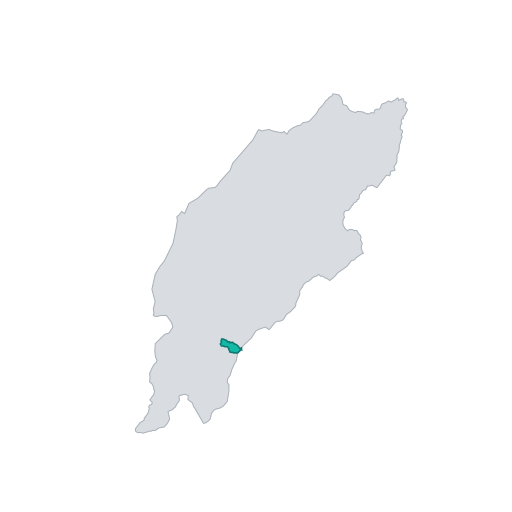 location of Binder, Hentiy, Mongolia, rotated 124°
{"feature_id": "93677404B23670550125649", "entity_name": "Binder", "entity_type": "district", "adm_level": 2, "iso_a3": "MNG", "parent_name": "Mongolia", "parent_adm1": "Hentiy", "projection": "robinson", "projection_center": [110.5, 48.575], "detail": "fine", "context": "in_parent", "style": "filled", "palette": "teal", "viewbox_px": 512, "rotation_deg": 124, "n_neighbors": 0, "source": "geoboundaries", "source_scale": "gbopen_adm2", "svg_char_len": 5296}
<svg xmlns="http://www.w3.org/2000/svg" viewBox="0 0 512 512"><g transform="rotate(124 256 256)"><path d="M44.8,216.9L46.4,216.9L49.0,215.3L49.5,213.2L50.4,212.1L56.2,211.5L58.7,212.1L59.3,210.8L59.8,210.6L61.1,211.7L62.5,211.2L63.5,210.7L64.5,209.2L66.4,209.4L70.0,207.6L70.2,204.6L71.6,203.8L74.7,203.2L75.2,201.8L75.9,201.4L78.2,201.0L82.2,199.5L84.0,199.3L85.6,198.0L89.2,196.2L94.4,195.3L94.9,194.4L99.9,191.6L105.0,191.5L106.6,189.1L107.4,188.8L110.6,191.7L112.1,191.3L112.8,190.2L114.9,190.2L115.5,192.3L116.7,193.1L131.5,193.9L131.9,194.6L132.3,199.3L134.9,201.5L135.4,202.6L139.6,202.2L141.8,204.0L145.4,203.9L147.2,204.4L150.8,202.7L151.6,202.7L152.6,203.6L154.4,203.0L157.5,204.6L160.0,204.3L161.2,205.0L162.7,204.4L166.3,204.9L169.0,207.4L171.0,207.3L173.5,205.6L174.2,204.4L177.7,203.8L179.7,202.7L181.1,201.7L183.3,198.0L184.0,194.2L182.3,193.7L180.9,192.4L180.1,190.4L180.1,189.0L178.6,186.9L178.8,185.8L180.0,183.9L180.6,180.9L181.9,179.3L184.4,178.4L184.7,177.2L186.3,174.9L190.2,173.6L192.4,171.0L193.8,168.4L195.5,169.7L200.2,171.6L204.2,172.4L206.6,174.3L213.7,174.8L225.2,179.2L227.7,179.0L234.6,180.9L235.1,181.5L234.9,184.9L235.4,185.8L235.5,189.4L236.7,191.2L236.2,193.4L236.8,194.1L238.5,194.4L241.2,196.6L247.4,198.2L249.2,199.7L253.4,200.7L255.7,200.1L259.3,200.4L260.6,200.2L262.9,198.5L264.4,198.0L272.7,196.6L274.9,195.4L276.5,195.2L282.8,196.3L287.3,198.0L293.7,197.8L296.7,199.7L297.9,201.5L300.4,203.1L309.3,203.8L309.8,204.2L309.6,208.1L309.9,208.7L315.7,213.0L318.4,214.2L326.6,214.0L339.2,216.8L342.2,215.9L344.9,217.3L345.9,217.2L354.1,213.7L355.4,213.9L363.9,212.5L369.3,210.7L373.4,210.9L376.7,209.3L378.0,206.3L383.4,202.8L392.7,198.5L398.5,199.1L402.0,200.7L405.6,203.8L407.7,204.7L411.4,204.9L416.8,202.8L419.7,203.3L422.3,204.3L424.1,205.9L416.1,222.3L416.0,223.2L413.4,226.6L413.1,232.1L409.7,234.1L410.2,237.2L411.0,238.3L414.8,241.5L416.1,241.0L417.1,239.7L419.1,238.6L422.9,238.9L426.2,238.4L430.3,239.5L434.1,242.0L439.5,236.4L444.4,235.8L449.1,236.5L452.8,240.3L457.1,242.0L458.3,244.1L460.0,245.0L460.5,246.1L465.9,250.4L467.0,253.2L468.6,255.3L468.7,257.3L468.3,258.3L466.2,259.4L458.9,258.9L454.6,256.9L453.0,258.0L447.5,257.6L444.3,258.4L442.2,259.2L441.0,260.6L440.0,260.9L439.1,260.8L437.4,259.7L435.9,259.8L435.5,260.0L434.6,263.5L429.9,263.5L428.3,263.1L424.4,264.7L423.8,266.1L421.7,267.9L419.9,271.4L420.3,272.9L419.7,273.9L416.2,275.8L412.9,278.5L406.0,279.7L402.7,279.9L400.2,279.2L397.8,279.7L396.0,282.8L391.5,286.7L384.9,290.5L373.0,288.1L371.5,287.6L369.0,285.2L362.0,285.1L360.0,286.7L358.3,289.1L355.4,296.8L358.1,301.2L361.3,304.1L362.6,306.2L362.6,307.9L360.4,308.7L357.4,311.5L350.1,314.2L341.8,323.7L327.3,329.4L318.3,329.8L311.2,329.2L292.0,331.9L279.5,336.9L270.2,341.2L268.1,343.3L267.2,343.6L265.5,342.8L260.6,342.5L260.7,338.9L249.8,341.0L241.1,336.7L228.7,334.1L226.2,333.1L222.1,328.3L219.8,327.7L214.3,327.5L199.3,325.4L192.1,327.2L161.4,323.5L150.1,324.6L149.6,324.2L149.1,321.1L144.1,316.4L143.5,315.3L143.4,313.4L139.7,303.8L137.1,302.4L137.7,298.4L133.6,298.7L129.1,297.1L124.6,294.3L122.6,292.2L119.3,291.7L115.5,287.8L113.7,287.1L104.0,285.6L99.0,286.0L93.8,285.0L87.8,284.9L86.0,284.1L84.2,284.2L80.8,282.6L78.5,282.9L76.1,277.4L77.1,274.0L78.5,272.0L81.5,268.9L81.6,267.8L80.7,265.0L82.8,260.1L82.5,257.1L81.3,253.6L79.3,252.8L76.9,248.1L76.3,244.5L75.3,242.0L72.5,240.5L71.7,238.3L70.8,238.1L70.1,238.8L68.3,239.1L66.6,237.8L65.7,236.2L64.7,235.8L62.7,235.8L60.9,236.6L58.9,236.2L57.4,234.8L53.1,232.6L53.1,231.0L52.6,229.8L51.3,229.5L50.0,228.4L45.8,227.0L45.8,226.2L47.2,224.5L44.3,223.1L43.3,221.6L45.3,219.6L44.7,218.3L44.8,216.9Z" fill="#d9dde1" stroke="#a8b0b8" stroke-width="1"/><path d="M349.9,234.4L349.7,233.9L349.0,233.0L348.7,231.3L348.1,230.3L347.4,229.4L347.1,228.8L347.6,227.9L347.8,227.5L347.8,226.8L347.8,226.7L348.6,226.4L349.7,224.4L350.2,224.2L350.1,223.7L349.8,222.6L349.3,222.0L349.1,221.8L349.1,221.3L349.0,220.9L348.9,220.9L348.7,220.8L348.7,220.7L348.6,220.4L348.7,220.2L348.6,219.9L348.5,219.7L348.4,219.6L348.0,219.4L347.9,219.3L347.7,218.4L347.5,218.2L347.4,217.9L347.2,217.8L347.2,217.7L346.9,217.7L346.7,217.6L346.7,217.4L346.5,217.2L346.4,217.2L346.3,216.9L346.2,216.8L345.7,216.8L345.2,216.7L344.7,216.6L344.4,216.5L344.2,216.5L343.6,216.4L343.5,216.5L343.3,216.5L343.3,216.3L343.2,216.3L342.6,216.2L342.3,216.0L342.1,215.9L341.8,215.3L340.9,216.2L340.2,216.7L340.3,216.8L340.5,216.9L340.8,216.9L341.0,217.0L341.3,217.2L341.4,217.3L341.5,217.5L341.5,217.8L341.7,218.0L341.2,219.2L340.5,221.0L340.5,221.6L340.5,222.6L340.5,223.2L340.8,223.9L340.7,224.6L340.8,225.0L341.1,225.3L340.6,226.3L340.7,227.4L341.6,228.0L341.7,228.3L342.0,228.6L341.9,228.6L342.0,228.7L342.0,228.8L341.9,228.9L341.9,229.0L342.0,229.1L342.0,229.3L341.9,229.3L341.9,229.5L342.0,229.8L341.9,229.8L342.0,229.8L342.0,230.0L342.0,230.3L342.1,230.5L342.4,230.7L342.5,230.7L342.5,230.8L342.7,231.0L342.8,231.0L343.0,231.2L343.0,231.3L343.1,231.5L342.9,231.7L342.9,231.8L342.8,232.0L342.7,232.2L342.7,232.4L342.7,232.5L342.6,232.8L342.5,233.0L342.4,233.1L342.4,233.3L342.5,233.4L342.5,233.5L342.6,233.8L342.7,234.0L342.8,234.8L343.0,236.1L343.0,236.4L343.4,237.1L343.8,238.0L345.9,237.6L346.4,236.7L347.4,236.4L348.9,236.4L349.2,235.9L349.9,234.4Z" fill="#14b8a6" stroke="#0f766e" stroke-width="1.5"/></g></svg>